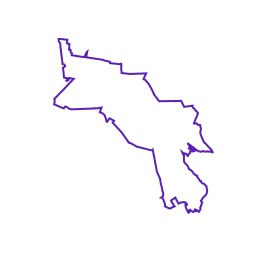 the district of Frecatei, Tulcea, Romania, rotated 202°
{"feature_id": "2599482B40315374043911", "entity_name": "Frecatei", "entity_type": "district", "adm_level": 2, "iso_a3": "ROU", "parent_name": "Romania", "parent_adm1": "Tulcea", "projection": "robinson", "projection_center": [28.616, 45.13], "detail": "fine", "context": "isolated", "style": "outline", "palette": "violet", "viewbox_px": 256, "rotation_deg": 202, "n_neighbors": 0, "source": "geoboundaries", "source_scale": "gbopen_adm2", "svg_char_len": 5544}
<svg xmlns="http://www.w3.org/2000/svg" viewBox="0 0 256 256"><g transform="rotate(202 128 128)"><path d="M152.8,129.1L151.7,128.1L150.4,125.9L150.0,126.0L149.6,126.0L149.3,127.7L148.9,129.4L148.4,130.2L146.2,129.7L143.6,129.4L144.2,127.2L133.8,122.3L130.6,120.6L130.2,120.2L124.6,116.6L122.8,115.5L122.8,115.4L122.0,114.7L121.8,114.7L121.1,114.7L120.5,115.0L119.1,114.9L117.9,114.6L116.6,114.6L113.2,114.0L107.6,114.7L103.3,115.4L100.3,115.7L98.3,116.1L97.0,116.3L96.9,116.8L96.7,116.4L96.2,116.2L94.1,112.6L93.2,111.7L93.2,111.4L92.9,111.0L89.0,104.8L87.6,102.8L86.5,100.9L85.2,98.9L84.3,97.8L80.1,93.8L79.4,93.0L78.8,92.2L77.5,89.9L76.5,88.4L76.5,88.2L73.9,85.1L72.7,82.7L72.3,82.3L72.2,82.3L71.1,80.9L70.7,80.3L70.6,79.6L70.3,79.2L70.2,78.8L70.1,77.9L70.2,77.7L70.6,76.6L71.0,76.0L70.3,76.2L70.1,76.1L69.2,75.6L68.5,75.0L67.2,73.4L66.3,72.5L65.8,71.9L65.1,71.2L64.7,70.6L64.4,69.2L59.5,68.9L59.1,68.9L58.5,69.5L58.4,69.6L57.7,70.3L57.3,71.0L56.8,71.5L56.2,72.0L55.4,72.8L56.4,73.3L58.1,74.7L59.9,75.8L60.9,76.9L60.3,77.5L60.1,78.3L59.3,79.2L59.0,79.9L58.0,81.2L56.7,79.9L53.1,77.0L52.8,76.8L50.6,79.1L50.0,79.4L48.1,80.3L46.6,80.5L46.2,79.1L45.1,79.6L44.6,78.9L45.9,78.2L45.2,76.9L44.6,75.9L43.8,75.1L42.3,73.8L40.3,72.1L39.7,72.8L41.3,73.9L39.7,75.4L39.6,75.1L39.1,74.8L38.5,74.7L38.2,74.8L36.1,74.6L35.9,74.7L35.9,74.8L35.9,75.0L35.7,75.0L35.0,75.7L34.5,76.5L35.0,76.9L35.4,76.9L35.5,77.1L35.3,77.3L35.4,77.5L35.1,77.6L34.9,77.8L34.5,77.7L34.0,77.4L33.9,77.0L33.7,76.8L33.2,76.7L33.2,76.9L33.1,77.0L33.1,77.3L33.0,77.5L32.3,77.2L31.1,77.0L30.9,76.9L30.4,79.6L30.5,80.0L30.6,80.3L31.2,81.2L31.1,82.5L31.0,82.9L31.2,83.2L31.2,84.3L31.3,84.9L31.2,86.5L31.9,86.7L32.0,86.9L32.2,87.3L32.8,87.5L33.1,87.8L32.9,88.2L32.7,88.6L32.8,89.6L32.5,90.4L32.4,91.6L31.9,92.5L31.7,93.2L31.2,93.7L31.0,94.8L30.9,95.1L30.6,95.4L30.6,97.5L31.2,99.5L31.3,100.1L31.6,100.6L32.8,102.0L33.0,102.3L33.1,102.9L33.4,103.3L34.1,103.4L35.4,104.2L36.2,104.6L36.5,104.8L37.2,104.6L38.3,104.6L38.7,104.7L38.8,104.7L39.2,104.9L39.8,105.2L40.2,105.8L40.3,106.1L40.8,106.0L41.1,106.0L41.3,105.9L42.2,106.5L43.3,107.3L45.3,108.4L45.3,108.6L46.1,109.2L46.1,109.4L46.1,109.6L46.3,109.7L46.6,109.4L47.1,109.7L47.4,109.7L48.7,109.8L51.4,111.2L51.4,111.3L52.2,111.7L52.3,111.9L53.4,112.2L53.9,112.5L54.3,112.6L54.8,112.5L55.2,112.8L56.1,112.7L57.8,114.6L58.3,115.0L59.1,115.5L62.0,116.8L62.7,117.2L63.4,117.8L63.8,118.4L65.8,123.4L66.1,123.7L67.6,124.7L68.7,125.9L67.8,125.6L66.2,125.2L65.8,125.2L65.8,125.3L65.9,125.6L65.6,125.6L65.0,125.8L64.6,125.6L64.0,125.7L63.2,125.4L62.9,124.8L62.5,124.7L62.4,124.7L62.0,124.5L61.9,124.6L62.0,126.2L61.1,127.8L61.3,128.7L61.7,129.7L60.3,130.3L59.0,130.7L59.4,131.4L59.0,131.5L58.3,131.5L57.7,131.7L57.4,131.9L57.6,132.6L60.4,132.3L62.5,131.8L63.8,131.7L63.9,131.8L63.7,132.0L62.1,132.3L62.0,133.2L63.2,133.4L63.7,133.7L63.9,133.7L64.4,134.1L64.6,135.0L64.9,135.2L65.2,135.5L65.7,135.6L66.3,135.6L66.5,135.9L66.3,136.0L66.1,135.8L65.2,135.7L57.1,133.5L54.5,132.9L53.8,132.9L51.1,133.4L50.8,133.6L50.6,134.1L50.4,134.3L49.5,134.8L47.8,134.9L47.0,135.2L45.7,136.1L44.5,136.2L43.2,136.9L42.8,137.0L40.6,137.0L40.4,137.1L40.5,137.3L40.8,137.6L41.1,137.6L41.3,137.7L41.7,138.3L42.7,139.3L43.3,139.5L44.0,139.6L50.0,142.5L52.2,143.3L52.5,143.5L55.7,146.6L58.7,149.8L58.9,150.1L59.8,152.8L59.9,153.9L60.2,155.0L60.8,155.7L61.3,156.1L61.6,156.6L61.7,157.1L62.2,157.8L63.2,157.6L64.0,157.2L64.7,157.1L65.3,157.4L65.7,157.9L66.1,157.9L66.4,157.9L68.5,156.9L68.6,158.0L68.7,159.2L68.5,165.3L68.6,167.0L68.7,167.6L68.8,168.1L69.0,168.3L69.3,168.4L70.6,169.1L70.9,169.2L71.4,169.6L71.6,169.6L71.8,169.6L72.4,169.8L73.4,170.6L74.0,170.7L74.9,171.2L75.6,171.2L76.1,171.8L76.5,172.9L82.5,169.4L83.8,168.6L88.6,172.8L88.8,173.1L89.0,173.0L93.5,171.0L93.9,170.7L94.1,170.6L94.3,170.8L94.5,170.7L95.5,170.2L102.0,167.5L106.7,165.5L109.2,164.5L116.7,169.0L116.7,169.3L117.2,169.7L120.3,172.6L122.9,174.7L125.2,176.5L129.5,178.8L130.1,179.0L131.9,179.2L131.7,185.4L146.5,178.8L154.5,176.6L155.5,178.7L156.3,179.9L156.6,180.7L156.7,181.1L157.1,181.7L157.3,182.6L157.8,184.2L158.2,184.9L158.4,185.1L158.5,185.1L158.8,184.9L159.1,184.2L161.7,183.5L169.0,181.4L169.4,182.5L169.5,182.6L171.4,182.4L175.5,181.6L176.1,181.9L179.9,181.1L193.3,177.9L194.4,183.4L194.7,182.7L194.9,179.4L195.1,177.4L196.7,177.0L197.0,176.8L207.5,174.4L208.0,176.3L208.6,176.6L209.2,176.5L210.5,178.3L210.7,178.7L210.5,178.9L210.6,179.0L211.0,179.0L211.6,178.7L212.0,178.6L212.8,180.9L213.4,182.8L213.8,184.0L215.9,183.5L216.2,183.5L216.4,184.0L217.3,187.1L218.1,186.8L219.3,186.4L219.8,186.4L222.4,185.7L225.6,184.6L224.8,182.7L224.5,182.1L224.1,182.0L222.8,181.4L221.6,179.3L220.9,177.5L219.9,176.0L218.8,174.0L216.9,170.5L214.8,166.7L214.2,165.7L214.0,165.3L212.6,162.7L212.0,162.9L211.4,163.0L210.9,162.9L209.8,162.3L209.4,161.6L209.7,161.2L210.3,160.3L210.9,159.5L210.6,158.8L210.3,158.5L208.3,154.9L207.5,153.2L207.1,152.5L206.1,150.7L202.6,151.5L202.9,148.8L202.2,148.8L202.1,149.6L201.9,150.3L201.3,150.2L201.2,150.5L201.1,151.7L201.2,152.4L196.8,153.2L197.1,152.5L199.4,146.7L202.4,139.0L203.9,135.4L207.2,127.3L206.6,126.7L206.2,126.0L206.1,125.6L206.1,125.1L205.6,124.0L205.5,123.3L205.4,122.3L198.3,122.1L197.6,122.1L197.3,122.1L194.9,122.1L194.9,122.3L194.4,124.0L194.1,124.6L191.8,124.3L190.8,124.1L188.7,123.9L187.5,124.1L186.5,124.5L183.6,125.9L181.4,126.8L166.2,133.7L166.1,133.9L165.9,133.8L164.1,134.6L160.2,137.0L160.2,134.6L160.0,131.9L158.5,132.1L157.5,132.1L156.7,132.0L155.9,131.7L154.2,130.9L152.8,129.1Z" fill="none" stroke="#5b21b6" stroke-width="2"/></g></svg>